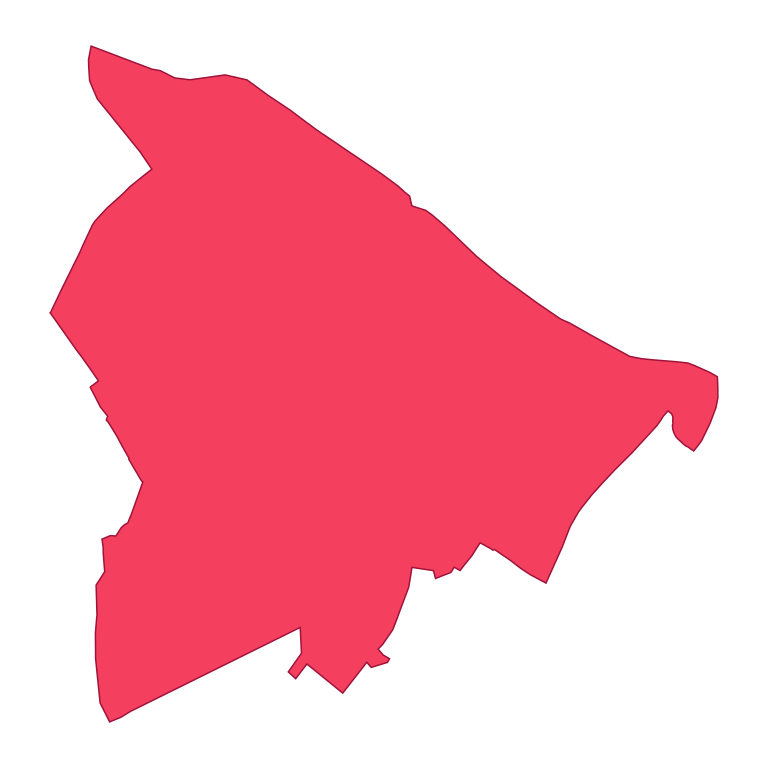 the district of Tarauni, Kano, Nigeria
{"feature_id": "59680162B24840578600877", "entity_name": "Tarauni", "entity_type": "district", "adm_level": 2, "iso_a3": "NGA", "parent_name": "Nigeria", "parent_adm1": "Kano", "projection": "natural_earth1", "projection_center": [8.56, 11.961], "detail": "fine", "context": "isolated", "style": "filled", "palette": "rose", "viewbox_px": 768, "rotation_deg": 0, "n_neighbors": 0, "source": "geoboundaries", "source_scale": "gbopen_adm2", "svg_char_len": 2459}
<svg xmlns="http://www.w3.org/2000/svg" viewBox="0 0 768 768"><path d="M91.1,46.1L88.5,59.7L88.7,66.6L89.6,80.7L93.6,90.3L97.3,98.9L140.2,152.0L151.8,169.2L143.3,175.9L130.0,186.6L123.2,193.5L119.1,197.2L107.4,207.7L101.0,214.5L95.0,221.1L92.4,225.0L82.8,245.5L82.6,245.9L79.9,252.2L73.5,265.1L61.1,290.3L59.0,294.7L50.7,312.2L50.1,312.8L55.3,320.0L60.3,327.2L61.6,328.9L69.3,339.9L75.9,349.3L81.9,357.2L89.0,367.2L97.2,379.0L98.4,380.9L90.7,386.7L90.2,387.2L100.5,407.2L107.7,416.2L106.3,420.0L108.3,422.3L116.6,435.7L122.8,447.3L128.9,458.1L128.8,459.3L140.8,479.7L141.8,481.1L142.8,482.0L136.9,498.7L131.6,513.5L127.8,522.9L124.8,524.5L121.1,527.8L115.9,536.0L110.4,535.6L102.0,539.1L103.1,547.1L103.3,554.4L104.7,571.7L96.1,585.1L97.0,615.2L96.7,617.6L95.4,633.2L95.6,658.6L100.1,703.0L106.6,715.8L109.6,721.9L121.2,717.1L121.3,717.0L130.8,711.2L131.0,711.1L300.0,627.5L300.2,627.4L301.5,653.2L288.3,671.9L295.7,678.7L306.9,664.0L342.7,693.1L342.9,693.0L343.0,692.8L366.8,662.3L371.2,667.4L387.5,662.4L389.5,658.7L383.3,655.1L378.1,649.1L382.6,644.5L392.7,629.8L395.5,622.8L401.1,607.6L408.7,587.3L410.9,574.2L411.7,568.8L411.9,567.4L418.6,568.4L433.4,570.6L434.4,574.2L435.5,578.5L442.8,575.6L450.5,572.6L451.1,572.2L454.2,567.2L460.1,570.5L464.4,564.9L471.8,555.8L480.1,542.8L483.7,544.8L490.7,548.6L492.9,550.2L494.5,549.5L509.7,559.9L520.5,568.2L530.3,574.7L546.0,583.1L562.2,547.1L570.3,526.2L578.6,511.8L582.1,507.1L592.0,494.6L602.7,482.8L614.8,469.9L632.2,452.6L656.7,425.9L660.9,420.1L663.3,416.1L668.0,411.0L671.6,413.8L672.8,416.6L672.9,418.6L672.7,421.4L673.0,423.5L672.4,425.4L672.6,427.1L672.8,429.3L673.7,432.3L675.0,435.1L676.3,437.3L678.7,439.7L681.0,441.8L682.5,443.3L685.5,445.8L688.4,447.2L690.1,448.6L692.1,449.9L693.7,451.0L699.4,443.8L701.6,440.7L710.1,423.2L716.0,407.5L717.9,397.7L717.8,386.6L717.4,376.8L710.0,372.5L695.0,365.8L687.9,363.0L676.0,361.7L654.8,360.0L641.6,358.7L629.8,356.4L611.1,346.2L590.9,335.1L569.8,323.1L561.4,319.4L559.2,318.1L537.3,303.1L520.3,290.7L501.1,276.7L485.5,263.8L476.7,256.5L444.5,225.6L432.0,214.9L428.0,212.0L425.9,210.4L424.0,209.8L411.9,205.9L410.9,201.7L409.6,196.0L404.6,192.1L404.3,191.8L398.1,186.1L381.2,173.6L380.6,173.2L341.4,146.7L334.3,141.8L320.9,132.8L315.5,129.1L308.2,123.6L307.7,123.3L304.1,120.6L290.4,110.3L268.3,95.5L247.0,79.9L225.1,74.9L190.0,79.8L174.6,77.9L160.4,70.7L151.8,69.1L132.2,61.7L120.1,57.1L91.1,46.1Z" fill="#f43f5e" stroke="#9f1239" stroke-width="1.5"/></svg>